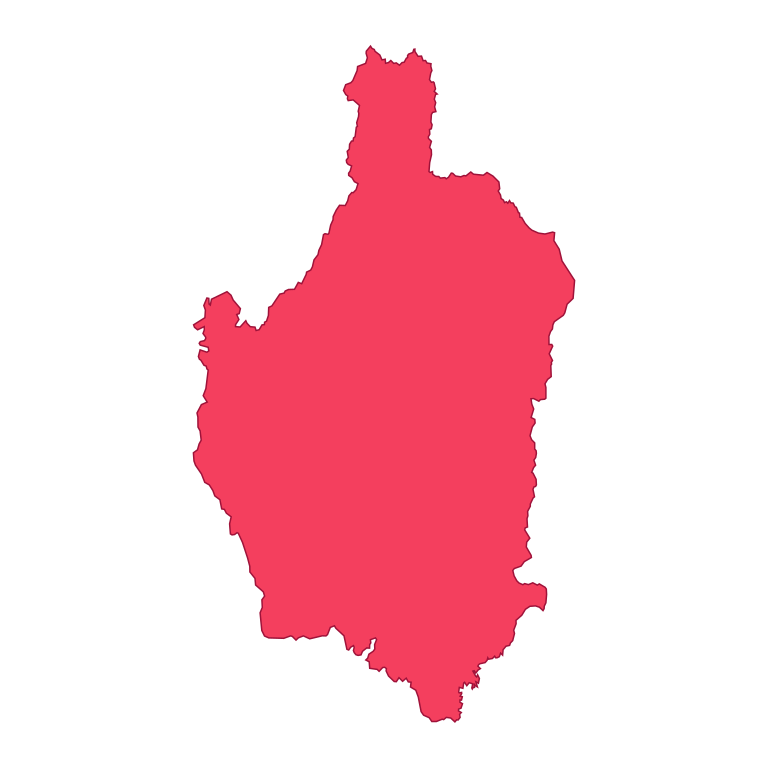 Nakhon Thai, Phitsanulok, Thailand
{"feature_id": "78962969B15017109153074", "entity_name": "Nakhon Thai", "entity_type": "district", "adm_level": 2, "iso_a3": "THA", "parent_name": "Thailand", "parent_adm1": "Phitsanulok", "projection": "equal_earth", "projection_center": [100.905, 17.13], "detail": "fine", "context": "isolated", "style": "filled", "palette": "rose", "viewbox_px": 768, "rotation_deg": 0, "n_neighbors": 0, "source": "geoboundaries", "source_scale": "gbopen_adm2", "svg_char_len": 6077}
<svg xmlns="http://www.w3.org/2000/svg" viewBox="0 0 768 768"><path d="M204.0,365.3L206.2,366.1L206.9,368.9L208.2,370.1L205.9,388.6L203.2,395.7L207.2,402.1L201.4,404.6L197.0,413.0L197.9,417.1L198.0,427.1L200.1,430.9L201.2,440.2L199.1,444.0L197.5,449.8L193.4,452.8L194.0,461.0L195.5,465.2L201.5,474.0L204.8,482.4L209.3,484.9L212.9,490.6L214.8,495.9L219.9,499.7L221.7,508.9L224.4,509.4L226.4,513.2L231.2,516.8L229.6,523.8L230.4,533.9L232.0,534.9L234.6,534.5L237.0,532.7L238.3,533.3L242.5,542.4L247.6,558.0L249.8,566.3L249.9,572.0L255.0,578.4L255.6,585.0L263.3,591.8L264.6,596.1L261.9,599.8L262.3,607.5L260.1,612.8L261.8,630.5L264.5,636.0L268.8,637.9L283.8,638.3L290.6,635.9L292.3,636.4L296.0,640.1L298.4,637.8L303.4,635.9L309.7,638.8L322.3,635.8L326.0,635.9L327.5,634.6L330.3,627.4L334.4,625.8L335.9,628.3L344.0,635.8L346.9,649.3L348.7,650.0L350.7,647.2L353.5,645.6L354.2,647.5L353.4,650.5L354.2,652.6L355.9,654.7L358.1,655.4L361.0,654.9L362.5,651.3L366.6,648.0L369.6,648.1L369.7,644.6L370.8,642.9L370.4,639.7L375.5,637.9L376.6,639.6L374.6,644.6L374.8,649.0L373.3,651.2L368.9,654.2L367.7,658.2L365.8,660.0L369.2,661.8L369.7,668.3L377.2,669.4L379.1,671.3L382.7,667.5L384.7,667.3L386.4,668.6L386.1,670.9L388.5,676.0L394.2,681.5L396.3,681.7L399.0,677.7L402.6,681.3L406.2,678.2L408.3,681.9L411.1,682.2L410.5,687.0L415.8,690.2L418.3,697.0L421.1,711.6L423.6,715.2L429.2,717.7L431.8,721.5L436.4,721.5L442.2,719.2L443.7,719.6L446.3,717.4L450.7,718.0L454.9,721.9L456.7,719.8L458.1,720.0L460.1,717.4L459.6,714.4L461.3,712.5L458.5,710.9L458.6,709.1L461.0,708.2L462.5,703.7L459.9,702.2L460.0,700.0L461.5,700.1L462.3,696.7L460.1,696.2L461.7,693.6L461.6,692.4L459.2,692.9L458.7,692.1L459.3,687.4L462.9,688.3L463.7,683.0L464.6,682.3L466.8,685.7L469.2,682.7L472.7,683.8L471.8,688.0L472.3,689.0L473.1,687.6L474.5,687.4L474.2,683.6L474.9,685.4L477.4,686.9L475.9,681.8L478.4,683.2L479.4,678.5L477.6,674.8L476.7,677.0L475.7,676.2L472.9,671.1L474.2,670.7L475.8,673.0L478.2,669.9L480.4,668.6L477.9,666.2L478.4,665.0L479.7,663.8L485.1,662.6L487.1,660.3L487.8,657.8L488.6,659.2L492.4,658.5L494.7,656.2L495.6,657.8L497.0,657.8L499.3,656.7L500.6,653.1L502.6,655.1L503.1,649.7L506.0,646.2L509.6,645.4L510.4,643.0L512.7,640.6L514.5,633.5L513.7,630.2L516.1,623.8L516.0,620.3L521.9,615.1L525.4,609.3L529.9,606.3L535.5,605.9L539.4,607.2L543.0,610.6L544.1,608.7L544.3,606.1L545.9,602.8L546.6,594.4L546.3,589.0L545.1,587.3L539.3,583.9L537.3,585.1L532.8,582.8L528.4,584.6L524.6,583.6L522.9,584.7L519.0,583.0L516.8,580.8L514.1,575.9L512.8,570.5L514.3,568.5L521.1,566.1L524.3,561.6L531.4,557.5L531.1,555.3L526.3,547.0L526.7,542.1L529.8,538.2L524.7,529.9L525.2,527.9L527.5,527.0L527.0,518.7L527.9,515.8L527.6,511.4L530.3,506.3L530.3,504.0L533.1,498.0L534.5,496.8L533.0,489.3L533.9,487.0L535.6,486.4L536.4,484.9L536.1,479.3L533.0,473.1L531.7,472.4L533.6,467.6L535.6,465.2L533.9,460.1L535.7,457.5L536.4,453.3L536.1,450.7L534.7,449.0L534.7,442.9L531.6,439.7L530.0,435.7L532.3,427.0L535.1,423.0L534.8,419.4L531.1,417.5L533.7,409.0L531.8,404.1L531.0,398.7L533.7,398.6L538.9,401.2L540.4,399.6L544.7,399.2L545.9,398.2L545.9,387.5L545.0,383.8L547.6,379.4L551.2,376.6L550.8,365.5L551.6,364.1L551.3,362.4L552.5,360.5L549.2,353.8L552.7,346.1L551.8,344.5L549.0,344.5L548.9,336.2L550.5,331.6L552.4,329.0L552.9,324.8L554.3,321.7L563.3,315.3L564.8,312.8L567.1,304.2L573.1,298.4L574.6,280.4L562.0,260.9L559.2,249.2L553.9,240.7L554.6,232.7L552.6,232.1L545.0,234.0L538.5,233.1L531.9,230.2L529.1,227.9L525.1,223.4L521.7,217.5L519.9,217.2L519.5,213.1L518.4,212.6L516.3,207.3L514.9,206.7L513.2,203.1L510.7,202.8L509.5,200.6L507.8,203.2L506.4,201.8L504.5,202.6L503.4,200.1L501.1,198.5L500.5,195.0L498.2,191.0L499.7,188.8L498.9,182.0L493.0,176.1L487.0,172.5L483.4,175.2L473.5,174.2L470.8,172.0L465.9,175.9L464.0,175.5L460.8,176.8L455.5,176.0L452.7,173.3L451.3,173.1L448.5,177.3L446.2,178.8L444.9,177.6L440.3,178.1L438.8,176.5L435.6,176.4L432.7,174.3L432.5,171.6L430.2,172.5L429.0,171.6L429.7,162.6L431.5,154.7L431.3,149.9L429.6,147.4L431.4,141.3L428.5,138.5L428.3,136.8L429.8,134.2L429.5,129.5L431.3,128.8L432.1,124.8L430.9,122.1L431.4,114.5L432.6,112.4L435.9,111.6L434.6,106.8L435.7,102.7L434.3,99.2L435.6,94.3L437.1,94.0L434.2,91.4L435.5,88.9L434.1,82.7L433.3,81.9L431.4,82.3L429.5,79.6L430.8,72.8L431.9,70.6L430.8,66.3L431.0,63.7L427.0,63.0L425.5,60.5L423.1,60.7L421.5,56.1L418.0,56.3L414.9,51.4L414.9,49.1L413.8,49.3L412.8,52.5L408.6,54.1L407.6,55.5L407.6,57.5L406.3,58.3L404.2,62.2L402.0,62.6L399.5,65.2L396.3,62.9L393.7,63.4L390.8,60.5L388.4,62.6L385.6,63.3L385.2,59.2L382.0,59.9L379.8,55.0L375.0,51.3L374.3,49.5L372.0,48.4L370.5,46.1L366.3,51.2L366.1,53.3L367.4,57.8L365.6,63.4L357.6,66.5L357.1,70.6L352.8,80.6L350.9,82.7L345.7,84.7L343.5,90.5L345.8,94.6L347.8,96.0L347.4,98.8L348.2,100.6L353.2,99.9L359.5,105.5L358.2,111.3L358.8,113.5L358.5,116.7L356.7,122.7L357.4,126.4L356.3,127.2L355.1,136.7L353.5,138.0L353.1,140.9L351.5,141.1L349.6,144.2L349.3,149.2L347.2,151.3L348.3,157.5L346.3,160.1L346.7,162.6L348.2,164.4L351.6,165.9L350.2,171.0L348.6,173.2L348.7,175.4L352.0,177.7L354.4,181.7L358.0,183.6L356.1,189.7L353.2,192.7L351.8,192.5L348.9,195.9L347.7,200.8L345.3,205.5L339.5,205.3L336.3,210.0L333.2,216.4L333.0,219.9L330.7,225.0L328.9,233.3L328.0,234.3L325.0,233.7L323.5,234.6L321.6,244.6L318.9,250.3L318.0,254.7L314.0,259.9L312.4,266.9L310.7,270.1L306.6,272.1L306.2,274.4L301.7,283.7L298.3,282.4L294.5,289.3L288.5,289.5L285.2,291.0L284.1,293.1L279.8,294.1L271.9,305.9L268.7,307.4L268.4,315.5L266.5,321.2L264.6,322.2L264.4,324.6L262.0,324.9L259.2,329.7L256.1,330.5L255.0,327.1L250.3,326.7L247.0,323.3L245.8,320.7L240.1,327.0L235.5,326.6L235.6,324.6L238.9,319.5L236.7,314.5L239.2,313.6L240.4,308.6L233.2,300.1L231.0,295.2L227.0,291.7L211.5,299.2L210.3,305.1L209.1,304.1L208.8,298.4L206.9,298.0L203.8,305.5L205.4,310.0L204.9,317.7L193.6,324.8L194.5,327.3L197.6,329.8L204.2,326.6L204.3,329.9L203.0,333.5L205.7,337.2L205.7,338.6L204.5,340.6L200.3,341.6L199.2,343.3L200.2,345.1L208.2,347.3L208.8,350.9L206.9,352.2L200.1,349.9L198.4,356.5L199.4,359.2L200.9,360.2L204.0,365.3Z" fill="#f43f5e" stroke="#9f1239" stroke-width="1.5"/></svg>